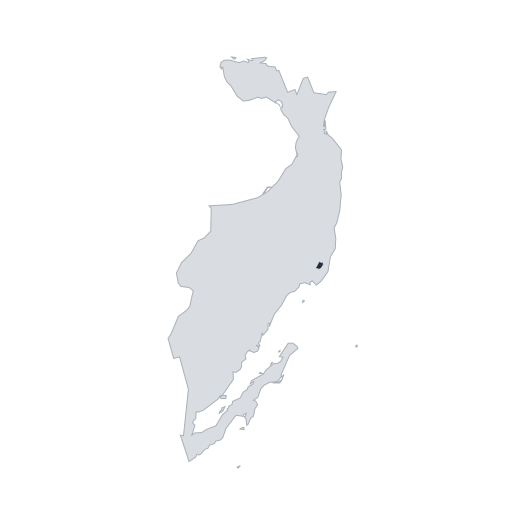 location of Autlán de Navarro, Jalisco, Mexico, rotated 253°
{"feature_id": "50627088B11139990760987", "entity_name": "Autlán de Navarro", "entity_type": "district", "adm_level": 2, "iso_a3": "MEX", "parent_name": "Mexico", "parent_adm1": "Jalisco", "projection": "orthographic", "projection_center": [-104.329, 19.757], "detail": "fine", "context": "in_parent", "style": "filled", "palette": "slate", "viewbox_px": 512, "rotation_deg": 253, "n_neighbors": 0, "source": "geoboundaries", "source_scale": "gbopen_adm2", "svg_char_len": 5309}
<svg xmlns="http://www.w3.org/2000/svg" viewBox="0 0 512 512"><g transform="rotate(253 256 256)"><path d="M79.0,131.9L106.9,131.3L105.3,134.1L148.3,152.4L181.8,153.4L182.1,147.3L202.9,147.8L206.4,152.1L221.0,164.1L224.5,174.1L227.2,177.9L241.1,185.8L245.5,182.8L248.7,175.4L252.9,173.7L262.9,174.9L271.5,182.9L277.4,194.5L287.5,205.0L288.4,211.7L293.0,220.0L314.9,227.2L317.7,225.8L312.3,247.9L311.3,274.1L312.5,279.6L318.6,286.9L317.6,291.0L317.8,286.9L312.7,280.7L314.5,286.6L320.8,298.7L330.8,310.0L333.3,317.2L340.3,324.4L338.5,324.3L342.4,325.9L341.1,324.9L348.2,325.4L353.3,327.8L358.0,332.3L369.6,327.9L378.2,326.8L383.7,323.6L389.7,322.6L391.0,323.6L390.7,325.1L395.6,325.7L398.8,323.1L397.7,319.4L396.1,320.4L396.5,319.6L404.9,312.5L405.1,307.2L407.4,304.0L406.8,295.5L407.9,289.1L414.3,284.8L425.9,281.8L430.8,279.2L436.5,278.2L446.1,279.4L446.7,277.9L444.3,278.1L447.4,276.8L451.4,279.2L452.5,282.9L451.1,288.1L445.8,296.4L446.0,301.6L443.2,305.0L443.9,306.1L446.6,305.4L444.0,308.9L444.1,310.2L446.0,309.6L443.4,322.9L442.5,324.2L440.3,321.4L439.4,316.6L437.0,321.9L434.2,322.6L431.1,329.6L427.0,329.9L426.8,332.1L403.3,334.1L403.8,341.9L398.4,342.3L412.1,353.2L412.0,357.7L395.2,359.1L389.7,370.5L391.5,373.2L389.8,380.7L376.9,369.0L366.6,361.3L360.4,358.4L359.8,359.3L365.5,361.8L356.7,359.8L357.2,357.7L354.9,358.7L353.4,357.0L351.9,359.0L354.9,359.8L350.5,360.5L346.2,363.5L332.5,368.7L323.5,365.5L315.8,365.0L310.6,361.9L305.5,360.7L302.2,357.6L289.8,355.4L274.3,349.1L264.2,343.0L259.9,338.8L249.6,337.5L239.8,333.9L233.5,326.9L220.0,320.2L212.9,310.9L210.5,305.2L215.9,302.5L215.0,300.1L212.6,299.3L216.2,295.0L216.6,289.8L213.8,288.0L211.0,282.9L211.1,278.1L209.2,273.9L201.5,266.0L194.8,256.3L184.5,248.0L187.5,249.6L187.7,247.8L182.2,245.9L178.2,239.4L181.1,239.6L173.1,235.1L172.1,232.9L169.0,233.6L168.5,232.6L170.9,230.1L167.0,232.0L164.7,230.0L164.3,225.8L167.3,222.1L168.3,222.9L166.5,218.9L164.0,216.4L160.6,216.4L158.5,211.1L154.5,209.9L152.1,207.6L150.6,202.9L151.8,200.1L144.7,198.4L132.9,183.4L132.4,179.9L130.6,178.7L123.9,160.5L123.6,155.0L124.6,153.3L118.0,150.7L116.6,147.7L114.5,146.6L112.0,148.1L103.4,142.2L104.7,145.8L103.0,152.4L104.6,157.8L105.4,168.1L114.1,177.6L116.7,183.8L118.2,183.6L118.8,185.5L120.1,185.8L121.2,189.8L123.8,191.1L124.9,199.4L129.5,203.8L130.9,208.6L133.1,210.1L134.5,215.7L136.5,217.2L135.5,213.0L138.2,215.5L140.9,228.3L144.0,232.1L147.9,241.4L147.1,245.2L147.9,248.7L151.4,252.2L152.9,248.8L163.1,261.2L162.0,265.6L157.7,268.8L155.3,269.1L151.2,259.1L135.1,245.2L133.6,245.3L130.5,241.1L129.9,238.2L131.2,232.1L130.1,226.2L127.8,221.9L120.2,216.4L118.9,211.3L117.3,213.3L113.2,214.1L110.5,210.5L103.4,206.6L102.5,203.6L97.3,199.1L96.9,197.6L102.5,198.8L105.9,197.7L105.8,199.1L108.5,200.6L107.7,197.2L106.4,196.9L109.6,190.3L100.0,177.0L91.8,170.9L90.4,168.0L90.8,163.3L88.9,161.6L88.7,156.3L86.2,153.8L86.1,150.6L82.8,145.4L82.4,143.1L83.7,141.6L81.3,139.4L79.0,131.9ZM132.4,183.5L131.3,186.7L128.5,185.5L130.0,180.7L131.7,180.3L132.4,183.5ZM121.0,182.3L117.2,178.6L116.4,174.9L118.3,176.2L118.7,178.2L120.7,178.9L121.0,182.3ZM451.7,294.8L450.6,293.8L450.9,292.3L453.5,290.8L451.7,294.8ZM130.4,245.1L127.6,241.6L129.7,234.8L128.9,241.0L130.4,245.1ZM95.6,194.4L93.4,193.8L95.2,190.2L96.0,193.0L95.6,194.4ZM60.1,179.7L58.5,177.2L59.0,176.2L59.7,176.3L60.1,179.7ZM132.9,245.4L134.6,248.1L131.0,245.3L132.9,245.4ZM199.9,288.0L199.5,289.1L198.5,288.7L198.1,286.8L199.9,288.0ZM149.1,239.0L149.7,241.1L147.8,238.4L149.1,239.0ZM142.5,224.9L143.5,225.9L141.8,227.7L142.5,224.9ZM141.4,326.4L140.6,326.7L139.4,325.8L140.4,324.7L141.4,326.4ZM393.8,322.3L391.8,323.0L395.3,321.5L393.8,322.3ZM158.7,251.3L157.6,251.0L157.6,249.0L158.7,251.3Z" fill="#d9dde1" stroke="#a8b0b8" stroke-width="1"/><path d="M227.5,311.6L227.4,311.7L227.4,311.8L227.3,311.7L227.3,311.8L227.2,311.7L227.1,311.8L227.1,311.7L227.0,311.8L227.0,311.7L227.0,311.8L227.0,311.7L226.9,311.7L226.9,311.8L226.8,312.0L226.7,312.2L226.6,312.3L226.5,312.5L226.4,312.6L226.4,312.8L226.5,312.8L226.4,312.8L226.5,312.8L226.4,312.8L226.5,312.9L226.6,313.0L226.3,313.0L226.2,313.2L226.1,313.4L226.1,313.5L226.3,313.7L226.3,313.8L226.4,314.0L226.4,313.9L226.4,314.0L226.5,314.0L226.8,313.9L226.8,314.0L226.7,314.1L226.8,314.2L226.9,314.3L227.0,314.3L227.2,314.2L227.3,314.3L227.3,314.2L227.5,314.2L227.4,314.3L227.3,314.5L227.2,314.5L227.3,314.6L227.2,314.8L227.3,314.8L227.5,314.9L227.4,315.1L227.4,315.3L227.4,315.5L227.5,315.6L227.4,315.7L227.4,315.8L227.2,315.8L227.3,315.8L227.5,315.9L227.6,316.0L227.8,316.1L228.0,316.1L228.3,316.1L228.5,316.2L228.6,316.3L228.8,316.3L228.9,316.2L229.0,316.3L229.0,316.2L229.0,316.3L229.1,316.2L229.1,316.3L229.1,316.2L229.3,316.2L229.4,316.3L229.4,316.2L229.5,316.3L229.5,316.2L229.7,315.9L229.8,315.9L229.9,315.7L230.0,315.7L230.2,315.4L230.3,315.3L230.4,315.2L230.5,315.1L230.5,314.9L230.4,314.9L230.5,314.8L230.5,314.7L230.4,314.7L230.2,314.5L230.2,314.4L230.3,314.4L230.2,314.3L230.1,314.2L229.9,314.2L229.7,314.1L229.5,313.9L229.5,313.7L229.5,313.8L229.4,313.8L229.4,313.7L229.4,313.8L229.4,313.7L229.2,313.4L229.2,313.2L228.9,313.0L228.7,313.1L228.6,312.9L228.6,312.7L228.4,312.5L228.3,312.4L228.2,312.4L228.0,312.2L227.9,312.3L227.9,312.2L227.7,312.1L227.7,311.9L227.6,311.7L227.5,311.6Z" fill="#64748b" stroke="#1e293b" stroke-width="1.5"/></g></svg>